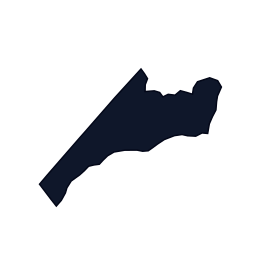 Matinhas, Paraíba, Brazil, rotated 162°
{"feature_id": "56859067B3328011598679", "entity_name": "Matinhas", "entity_type": "district", "adm_level": 2, "iso_a3": "BRA", "parent_name": "Brazil", "parent_adm1": "Paraíba", "projection": "albers", "projection_center": [-35.775, -7.119], "detail": "fine", "context": "isolated", "style": "filled", "palette": "ink", "viewbox_px": 256, "rotation_deg": 162, "n_neighbors": 0, "source": "geoboundaries", "source_scale": "gbopen_adm2", "svg_char_len": 838}
<svg xmlns="http://www.w3.org/2000/svg" viewBox="0 0 256 256"><g transform="rotate(162 128 128)"><path d="M220.3,75.9L213.8,79.8L207.6,85.6L204.6,90.0L198.5,95.1L193.6,96.7L188.3,98.4L182.3,101.1L177.3,103.8L171.9,103.4L166.5,102.4L161.7,105.1L156.0,107.9L148.7,109.5L137.9,107.9L130.7,105.6L126.1,104.1L121.3,101.4L115.8,100.1L110.6,101.7L105.3,103.5L97.1,105.8L86.2,106.4L78.6,105.1L73.7,102.2L66.1,99.3L59.1,100.4L53.9,98.2L49.4,106.8L44.2,112.7L38.8,118.0L35.6,125.7L33.0,130.8L26.5,138.1L28.1,145.3L34.8,150.5L41.6,150.5L47.6,150.5L53.4,145.8L56.2,140.2L61.2,143.7L66.7,147.3L73.1,144.7L79.4,147.6L85.2,146.8L86.9,152.0L91.5,155.2L100.5,157.4L98.2,163.9L94.2,168.9L95.6,174.6L97.4,180.1L131.5,160.7L170.5,137.4L176.8,133.7L218.8,108.5L229.5,101.9L223.2,83.8L220.3,75.9Z" fill="#0f172a" stroke="#020617" stroke-width="1.5"/></g></svg>